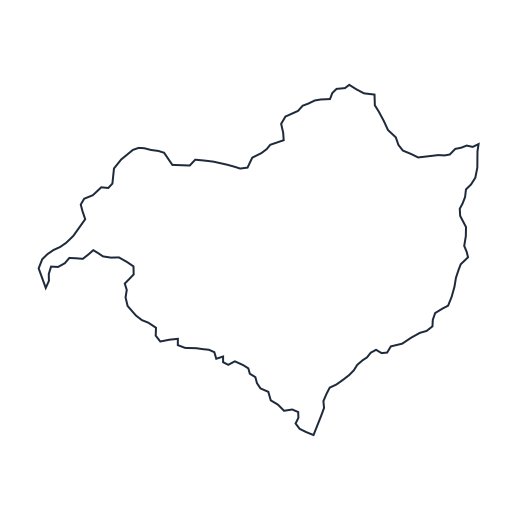 Nova Independência, São Paulo, Brazil (orthographic projection), rotated 3°
{"feature_id": "56859067B6334464866649", "entity_name": "Nova Independência", "entity_type": "district", "adm_level": 2, "iso_a3": "BRA", "parent_name": "Brazil", "parent_adm1": "São Paulo", "projection": "orthographic", "projection_center": [-51.514, -21.141], "detail": "fine", "context": "isolated", "style": "outline", "palette": "slate", "viewbox_px": 512, "rotation_deg": 3, "n_neighbors": 0, "source": "geoboundaries", "source_scale": "gbopen_adm2", "svg_char_len": 2251}
<svg xmlns="http://www.w3.org/2000/svg" viewBox="0 0 512 512"><g transform="rotate(3 256 256)"><path d="M340.2,80.2L336.0,83.7L327.7,84.9L323.7,89.2L321.7,95.4L312.5,96.3L306.6,97.6L300.2,101.1L294.7,103.5L290.4,108.9L278.1,115.2L274.2,122.7L276.7,131.6L277.6,138.9L264.4,144.2L261.1,148.7L256.1,152.9L247.1,158.0L242.9,168.2L235.6,169.5L229.5,167.9L222.2,166.3L208.5,164.0L199.6,163.4L190.3,163.0L185.1,169.1L167.7,169.4L158.8,157.7L153.0,156.2L145.6,155.6L138.6,154.2L133.1,154.2L127.5,156.5L116.3,166.7L109.6,176.0L108.8,191.2L104.9,195.8L97.9,195.5L89.8,203.9L81.4,207.8L78.3,213.8L80.3,220.1L83.5,228.2L72.5,245.5L65.8,252.7L60.0,257.2L53.5,260.6L47.7,265.0L42.7,270.4L39.6,279.7L47.7,298.9L50.5,291.7L50.0,284.8L51.9,277.3L58.9,277.3L65.5,273.2L69.7,267.7L76.9,267.7L83.2,267.9L88.7,263.1L93.2,258.7L98.2,261.4L103.2,264.4L111.1,265.2L119.2,264.6L127.6,268.8L134.2,272.8L134.8,280.8L130.3,286.0L126.4,290.4L128.7,296.7L127.9,304.2L130.4,312.6L134.6,317.0L139.3,321.8L145.4,326.0L151.9,328.2L159.9,332.9L160.0,340.8L164.9,346.4L174.0,344.1L182.3,342.8L182.6,349.1L190.1,351.5L201.1,351.2L207.7,351.8L213.9,352.1L219.4,354.2L221.7,360.7L228.4,358.1L228.7,363.8L234.0,366.1L240.4,362.3L248.8,365.6L254.2,368.6L256.0,373.9L261.7,377.0L263.6,382.9L267.4,388.0L275.4,391.0L278.3,399.4L285.7,403.3L292.1,409.1L300.2,407.4L306.3,409.6L306.8,415.4L304.3,421.2L308.6,426.3L315.0,429.1L322.8,431.8L329.2,412.9L331.9,404.2L330.9,397.4L333.7,389.8L336.5,383.6L342.9,380.2L349.6,374.9L355.2,370.1L359.7,365.0L362.8,359.4L368.0,354.5L372.2,351.4L375.6,346.6L380.8,343.4L386.5,346.4L392.0,345.6L395.4,339.2L406.6,335.9L415.0,329.6L423.6,324.2L430.3,321.9L435.9,317.0L435.9,310.5L437.9,303.6L445.2,298.6L450.4,295.6L453.5,286.6L455.8,276.3L456.8,267.3L459.1,259.0L460.9,253.5L467.8,246.2L466.2,240.9L463.4,235.0L464.5,225.2L464.2,216.1L457.8,205.3L457.0,198.1L459.5,192.9L461.7,186.2L462.2,178.5L467.0,173.3L470.9,166.4L472.4,156.2L472.0,147.2L471.7,139.8L472.4,132.6L466.7,135.7L460.6,134.7L455.3,137.1L449.4,138.6L444.2,144.5L439.0,145.7L432.7,145.7L412.8,149.1L405.5,146.0L397.1,143.0L392.4,137.6L389.4,130.2L381.2,123.3L376.8,114.9L371.2,105.6L366.8,99.3L365.9,88.6L355.3,87.9L347.5,84.3L340.2,80.2Z" fill="none" stroke="#1e293b" stroke-width="2"/></g></svg>